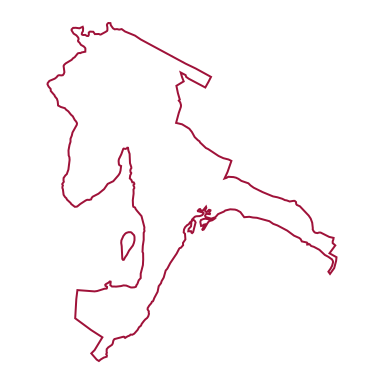 the district of Port Vila, Shefa, Vanuatu
{"feature_id": "77236927B39670792397739", "entity_name": "Port Vila", "entity_type": "district", "adm_level": 2, "iso_a3": "VUT", "parent_name": "Vanuatu", "parent_adm1": "Shefa", "projection": "orthographic", "projection_center": [168.318, -17.732], "detail": "fine", "context": "isolated", "style": "outline", "palette": "rose", "viewbox_px": 384, "rotation_deg": 0, "n_neighbors": 0, "source": "geoboundaries", "source_scale": "gbopen_adm2", "svg_char_len": 5900}
<svg xmlns="http://www.w3.org/2000/svg" viewBox="0 0 384 384"><path d="M113.0,28.3L110.8,25.2L110.4,23.1L108.3,23.0L107.2,24.1L106.9,25.0L107.4,27.5L107.4,30.1L107.1,30.9L105.6,31.9L100.8,34.5L100.0,34.5L98.8,34.0L94.9,34.1L93.3,31.8L90.0,31.6L88.8,32.5L88.8,34.9L88.3,35.9L87.9,36.0L86.8,35.9L85.2,34.9L83.4,35.0L82.3,34.8L81.8,34.3L81.9,33.1L83.0,31.0L83.1,28.1L82.7,26.8L79.4,28.3L75.8,27.8L73.1,27.9L71.6,29.4L71.6,30.4L73.6,33.6L76.3,35.3L77.8,37.0L78.5,38.2L78.5,39.5L78.0,40.8L78.3,41.6L79.4,42.5L80.9,44.8L83.8,46.5L85.2,48.0L85.4,48.8L85.3,51.7L81.4,52.5L80.6,53.1L79.2,53.0L77.8,53.4L74.7,57.2L73.0,58.3L71.7,59.8L65.7,63.4L64.2,64.8L63.6,66.0L64.4,72.2L63.8,73.9L62.8,75.2L61.3,75.4L59.0,75.2L57.8,75.7L56.5,77.3L54.7,78.7L49.4,80.9L47.7,83.1L47.5,84.3L48.6,86.6L50.6,88.9L50.8,91.0L54.6,95.4L54.9,96.4L56.9,98.8L57.7,101.3L58.1,105.5L60.9,107.0L64.9,108.2L66.0,109.6L68.3,111.3L71.0,114.7L72.8,116.3L74.7,119.9L76.1,121.5L77.0,123.2L76.8,124.8L72.5,132.5L71.8,135.6L70.5,138.8L70.5,141.8L69.5,144.9L68.5,150.4L68.7,155.5L69.4,157.2L69.6,159.9L68.4,169.6L66.8,174.1L65.3,175.5L63.6,178.0L63.5,180.3L63.8,181.8L62.3,183.9L62.3,184.5L62.9,185.4L62.4,186.9L62.4,188.0L62.9,189.3L63.6,194.8L65.0,197.0L66.4,198.3L66.9,199.5L70.6,203.0L71.2,204.0L74.8,206.8L76.3,206.7L77.2,206.5L80.4,203.9L85.8,200.4L87.2,199.8L89.2,199.9L91.1,199.4L91.8,197.7L92.7,196.7L98.5,193.7L104.1,189.1L107.7,183.9L113.3,181.2L118.5,175.2L119.8,173.1L120.5,170.7L121.1,166.0L119.4,165.2L118.9,164.2L118.6,161.0L118.9,159.2L121.3,154.3L123.2,149.0L123.6,148.6L125.5,148.9L126.8,148.4L127.3,147.7L128.0,147.8L128.4,150.5L129.6,153.9L130.0,163.2L131.3,167.1L131.3,168.3L130.6,169.2L130.3,170.4L130.6,172.3L131.2,172.8L131.2,173.4L130.2,175.4L129.8,178.4L131.4,180.0L132.3,182.3L133.6,182.3L134.3,183.4L134.3,184.2L133.4,185.1L133.5,185.7L134.2,186.9L134.3,188.1L133.5,189.4L133.6,193.6L132.8,200.2L133.0,205.3L133.3,206.7L135.1,207.6L135.7,209.1L137.0,210.8L141.5,216.1L144.4,227.3L144.2,229.4L144.5,231.0L143.7,232.8L143.7,239.9L142.8,245.9L142.5,251.8L143.1,253.2L143.2,259.5L142.9,265.1L140.7,273.7L140.7,278.1L138.7,280.3L137.6,283.4L137.0,284.6L136.3,285.3L136.1,286.5L135.8,286.8L134.4,287.3L131.9,287.5L130.7,287.4L126.3,285.6L123.6,285.4L120.8,286.1L116.4,286.6L111.9,286.5L110.3,285.1L110.7,281.9L110.6,281.6L109.7,281.5L108.6,282.6L106.1,284.0L105.3,284.7L105.4,285.7L107.0,286.8L107.0,288.0L106.6,288.6L104.7,288.7L97.3,291.0L94.6,291.4L77.4,290.1L76.3,299.1L75.2,318.3L91.2,330.1L102.4,337.3L94.6,350.1L91.3,353.4L96.7,359.6L98.9,361.0L100.8,359.4L103.8,357.6L106.7,356.7L106.9,355.3L106.2,354.2L106.9,352.8L106.6,352.0L106.7,349.2L108.2,347.4L111.9,344.9L112.7,343.6L113.4,340.5L114.4,339.1L123.5,336.7L124.4,336.9L124.6,337.6L125.1,337.9L127.5,336.4L129.7,335.5L130.5,334.6L132.4,334.7L134.2,333.7L137.6,329.9L139.0,327.3L141.0,325.6L141.7,323.9L143.8,321.1L145.3,319.4L147.1,318.0L148.2,316.4L149.0,313.8L148.7,312.7L148.8,311.3L147.6,309.5L147.7,308.1L149.2,305.6L151.3,303.2L151.9,301.7L152.9,301.3L153.3,300.6L154.3,298.0L157.6,291.8L158.7,286.2L161.0,283.2L161.6,281.2L163.7,277.6L165.7,270.5L167.3,268.7L170.3,263.0L176.7,253.5L179.1,248.8L179.7,248.1L180.8,247.8L183.1,245.2L183.0,242.9L185.4,239.4L185.0,233.8L183.7,232.4L184.0,229.5L185.1,227.2L187.4,224.9L188.6,224.4L190.1,222.2L191.2,221.7L192.2,219.4L194.8,216.8L196.1,216.3L199.6,216.1L201.4,215.5L202.4,215.0L203.6,213.3L203.4,212.6L197.9,211.2L197.8,210.7L199.4,209.1L200.2,209.1L200.8,210.4L202.3,210.6L203.2,210.2L206.0,206.7L206.3,207.8L205.2,209.9L205.2,210.9L205.7,211.7L206.8,212.1L208.9,209.9L209.8,209.9L210.5,210.3L210.4,210.9L209.2,212.0L209.3,212.8L210.0,213.6L209.8,214.2L206.7,213.8L206.1,214.0L205.1,215.5L205.2,216.2L205.7,217.0L210.7,218.5L211.7,218.5L215.4,217.2L218.1,214.1L223.9,211.6L225.3,210.5L230.2,209.3L235.0,209.6L237.0,210.2L240.4,212.1L244.2,217.2L249.3,216.8L252.9,217.5L256.9,217.8L269.4,221.2L273.3,223.9L277.4,225.4L287.2,230.6L294.1,235.7L299.3,238.0L300.7,239.2L301.8,241.4L306.8,242.5L307.3,243.0L307.2,244.5L308.1,244.5L308.6,244.0L309.5,244.2L311.2,246.0L313.8,246.8L319.4,249.8L324.8,254.9L328.3,256.8L332.0,259.4L333.0,261.3L333.0,262.5L332.1,265.8L330.6,268.6L328.4,271.7L330.0,273.9L334.2,268.1L336.1,260.9L336.5,257.2L329.5,253.3L335.3,245.4L332.7,243.1L332.7,241.2L333.3,239.7L333.6,237.9L329.2,236.9L320.7,232.6L319.2,232.5L317.4,233.1L315.2,232.7L313.8,231.5L312.7,229.4L312.8,228.1L312.2,222.7L310.7,218.6L308.7,215.6L299.9,206.3L296.8,204.9L296.2,204.0L296.0,202.0L294.7,200.9L293.2,200.9L289.7,201.5L286.7,200.4L284.9,200.1L282.3,198.8L277.5,197.3L273.0,196.4L262.6,192.1L253.7,187.7L250.5,185.4L248.4,183.3L241.4,180.9L238.5,178.9L236.0,177.7L233.5,177.1L228.3,176.8L226.6,177.8L224.5,178.5L227.5,172.1L231.4,160.9L228.6,159.5L223.4,158.2L218.6,156.0L208.2,149.1L205.9,148.0L200.1,142.5L199.5,141.3L197.9,140.2L194.7,137.1L191.9,132.0L189.3,128.7L182.1,124.3L176.1,122.9L178.8,112.9L180.9,106.8L181.0,105.1L180.2,102.3L178.8,100.6L179.8,99.6L177.9,93.1L176.4,85.8L183.7,81.4L182.1,77.3L180.7,72.5L185.6,75.1L186.2,76.9L188.7,78.7L205.3,87.5L208.4,82.0L211.0,76.9L195.7,68.5L185.7,63.7L140.8,39.5L135.0,35.6L125.0,31.5L121.7,29.1L119.2,29.6L117.0,29.1L114.6,29.3L113.0,28.3ZM121.7,246.1L122.3,258.9L123.1,259.9L123.9,259.7L125.0,257.5L126.9,254.8L129.1,250.5L132.9,245.5L133.9,242.9L134.5,240.2L134.5,237.0L134.1,235.3L131.4,232.5L130.5,232.2L128.5,232.2L126.3,232.9L125.1,233.8L123.4,235.9L121.4,240.4L121.2,242.9L121.7,246.1ZM213.7,219.3L209.3,219.4L205.2,218.7L203.4,219.0L200.9,220.1L200.3,221.9L201.1,226.0L202.5,225.7L203.6,224.7L204.9,224.4L204.7,225.2L202.3,229.4L202.6,229.9L203.6,229.6L204.4,228.5L207.5,223.2L208.8,221.5L209.6,221.0L212.4,220.2L213.7,219.3ZM191.0,226.4L188.7,228.9L188.3,231.3L191.0,231.2L191.5,232.7L192.1,233.1L193.1,232.2L195.6,222.4L194.7,220.8L193.2,219.6L192.0,220.8L191.2,222.4L191.3,223.7L191.0,226.4Z" fill="none" stroke="#9f1239" stroke-width="2"/></svg>